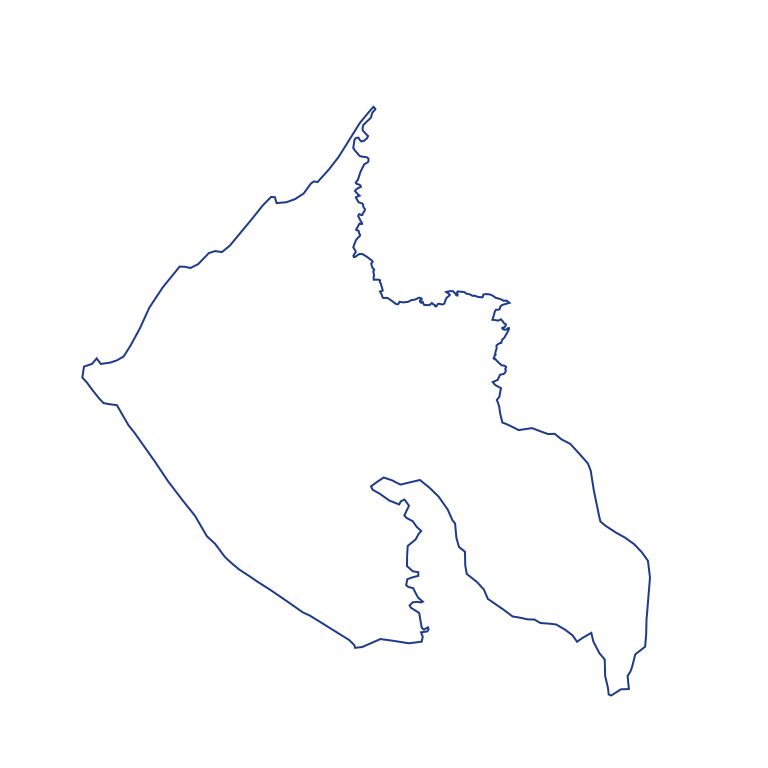 Dugbe River, Sinoe, Liberia (Natural Earth projection), rotated 99°
{"feature_id": "62588387B59492535947478", "entity_name": "Dugbe River", "entity_type": "district", "adm_level": 2, "iso_a3": "LBR", "parent_name": "Liberia", "parent_adm1": "Sinoe", "projection": "natural_earth1", "projection_center": [-8.749, 4.981], "detail": "fine", "context": "isolated", "style": "outline", "palette": "blue", "viewbox_px": 768, "rotation_deg": 99, "n_neighbors": 0, "source": "geoboundaries", "source_scale": "gbopen_adm2", "svg_char_len": 6113}
<svg xmlns="http://www.w3.org/2000/svg" viewBox="0 0 768 768"><g transform="rotate(99 384 384)"><path d="M632.6,306.5L627.6,306.2L623.5,308.6L621.6,302.5L619.3,301.6L617.5,302.5L620.3,306.2L618.8,308.6L612.8,310.7L604.7,313.4L600.7,322.5L598.7,324.1L595.0,321.3L594.0,317.1L594.0,313.4L592.9,311.6L589.8,316.8L585.9,319.8L581.2,323.1L580.6,328.3L579.1,330.7L573.1,330.4L570.5,325.6L568.1,320.1L564.5,320.7L564.5,326.2L560.3,332.8L550.1,334.3L540.9,335.2L540.2,335.2L532.5,328.4L526.5,326.3L523.4,324.2L520.0,329.3L515.0,334.2L512.9,340.5L510.8,343.3L505.9,342.0L500.4,340.2L494.9,345.7L497.2,349.0L500.6,350.2L498.3,360.5L493.3,370.5L490.5,378.0L490.2,378.7L487.1,380.8L481.1,374.8L476.4,369.6L477.9,360.8L479.1,357.4L480.8,352.0L477.4,343.8L473.2,333.5L479.3,322.9L486.8,312.3L498.1,301.4L508.0,295.0L510.6,292.0L524.7,288.4L533.3,284.4L536.2,279.2L537.0,277.8L550.3,275.4L558.6,272.6L565.1,261.1L571.4,253.2L580.0,247.8L588.4,230.2L593.5,220.6L593.5,214.0L594.0,205.2L593.1,198.6L595.6,192.1L594.8,182.7L594.6,176.4L598.2,167.0L602.7,158.5L608.4,153.0L603.7,148.2L597.4,140.3L605.5,137.0L616.1,129.2L621.6,122.9L637.8,119.9L649.0,115.3L655.5,113.5L656.1,110.8L648.5,102.3L647.2,95.5L646.9,94.4L639.1,96.5L634.1,97.7L629.4,95.6L624.5,94.7L611.7,93.5L602.6,85.0L590.3,85.9L574.6,88.0L572.2,88.1L561.5,88.9L553.7,89.5L533.6,91.0L519.6,95.0L517.3,95.7L509.7,103.2L503.0,112.0L498.0,122.0L494.6,131.4L491.8,137.6L489.4,143.0L486.0,148.7L481.0,150.8L456.0,160.2L437.2,166.3L430.6,170.2L422.3,180.2L414.0,190.7L410.9,200.1L406.5,207.6L407.8,214.0L406.2,222.5L404.4,230.7L406.7,238.3L408.5,243.7L406.5,249.8L404.4,256.8L403.6,261.0L398.1,263.4L393.9,265.0L388.7,266.5L384.5,268.6L382.2,270.1L378.5,268.0L374.3,268.0L369.8,267.8L367.7,273.9L365.1,276.9L362.2,272.4L356.7,270.8L355.4,267.5L354.1,266.3L351.8,265.7L350.2,266.6L348.1,266.0L347.1,267.8L347.1,270.8L344.5,274.8L341.8,278.1L342.2,278.5L341.7,279.7L340.7,279.7L339.5,279.1L338.0,279.2L337.5,278.4L336.7,278.9L335.0,278.9L332.4,278.5L331.2,278.3L329.4,278.8L328.2,278.8L326.9,277.7L325.3,275.7L325.2,274.8L322.6,274.3L321.5,274.0L319.0,272.2L316.4,271.3L313.4,270.1L310.5,269.3L309.3,269.3L309.4,270.2L311.2,271.8L311.5,273.3L311.2,275.3L310.2,276.0L309.6,275.4L309.6,274.5L308.7,273.6L307.3,272.9L306.1,272.9L305.1,275.1L303.6,276.4L301.8,278.7L302.5,279.5L303.5,281.0L303.5,284.3L303.6,287.0L301.7,286.7L298.4,286.2L295.3,285.9L293.2,285.1L293.1,284.0L292.2,281.5L290.5,281.4L288.6,280.8L287.4,279.5L284.2,272.8L282.5,276.1L283.1,279.2L282.3,280.9L281.6,284.6L281.5,287.1L280.8,288.2L279.7,290.7L279.1,292.5L279.0,295.4L279.5,298.4L280.2,299.9L282.1,300.0L283.1,300.5L283.1,302.4L283.3,304.4L283.0,306.7L282.5,308.4L283.0,309.3L283.0,310.6L282.4,312.0L281.9,314.2L281.9,316.9L280.7,318.9L280.7,320.2L280.9,323.7L281.1,325.8L282.2,326.1L284.0,325.3L285.1,325.3L285.1,326.2L284.7,326.8L283.9,327.4L283.3,327.8L282.9,328.7L281.7,330.1L281.6,331.7L282.1,333.8L283.0,336.1L283.4,337.0L283.9,336.2L284.4,334.7L285.5,333.0L286.2,333.0L287.8,334.6L289.3,335.7L291.4,336.4L294.2,336.7L295.7,337.5L296.3,338.8L296.2,342.5L296.4,343.2L298.0,344.0L299.1,344.5L299.4,345.2L299.1,345.7L298.3,346.0L297.8,346.7L297.6,348.0L296.8,348.8L296.5,349.4L298.3,350.8L299.0,351.7L299.3,353.3L299.3,354.5L299.6,355.6L299.6,356.7L298.7,357.5L297.6,358.2L297.0,358.4L296.9,359.1L297.9,359.8L297.8,360.6L296.7,361.5L295.8,361.5L295.0,360.3L294.6,359.9L294.0,360.1L293.4,360.9L293.2,361.8L293.4,363.1L295.7,366.4L296.5,368.8L297.0,370.4L298.6,372.3L299.4,373.8L299.5,375.1L300.2,376.6L300.4,378.3L300.4,381.6L302.5,382.2L303.2,383.1L303.1,384.6L302.3,386.2L301.5,387.7L300.7,389.2L299.2,392.4L298.5,394.2L298.6,395.3L298.8,396.4L299.2,398.1L298.4,399.1L295.9,400.4L293.3,402.4L292.6,400.7L292.0,399.9L291.0,400.2L286.0,402.6L284.8,403.3L283.9,404.1L282.3,404.1L281.8,404.8L282.0,407.0L282.6,410.4L280.6,411.0L278.1,410.8L274.5,412.2L273.0,411.5L272.1,411.9L271.6,413.2L270.6,413.8L267.2,415.5L265.5,414.5L264.7,414.4L263.7,415.7L263.0,417.1L260.9,421.0L259.9,423.7L259.1,425.0L259.2,426.7L259.4,428.4L260.9,430.3L263.0,432.4L263.3,433.7L262.2,434.3L259.8,433.4L258.1,432.6L257.4,432.7L256.2,433.6L253.9,435.7L252.4,435.5L249.0,434.8L246.1,434.1L243.7,432.6L241.3,430.9L240.4,431.0L238.7,432.3L237.1,432.8L236.6,433.2L236.3,435.3L235.8,435.7L230.7,433.8L229.3,433.2L229.7,431.5L229.3,430.7L228.4,430.9L226.6,432.6L224.6,434.0L223.8,434.6L222.1,435.8L220.2,435.2L220.1,434.5L220.7,432.8L220.4,431.8L219.5,431.7L218.1,431.3L216.8,430.6L215.5,430.2L214.3,430.1L212.8,431.8L211.4,432.4L210.0,432.7L209.2,433.5L208.8,435.3L208.5,437.5L207.9,438.0L204.1,441.0L203.2,440.0L201.8,437.6L200.9,439.0L199.6,440.9L197.9,442.9L196.4,442.1L195.6,441.3L194.6,440.2L192.9,437.7L191.5,438.4L191.0,439.7L190.5,442.5L189.8,443.3L188.1,442.8L186.4,441.7L181.7,441.0L177.6,440.3L172.8,438.7L170.3,438.1L168.8,436.2L167.4,434.6L166.0,434.2L164.1,434.5L163.2,435.5L162.8,436.3L162.8,440.2L162.8,442.9L162.2,444.3L160.2,446.5L157.9,449.3L155.7,451.3L151.2,451.3L147.2,451.3L145.4,450.2L144.7,447.8L146.8,446.0L148.0,444.4L146.8,441.6L144.0,439.3L141.6,438.5L140.1,440.7L136.9,444.6L134.7,445.2L131.5,445.0L126.8,441.5L123.0,438.6L117.9,438.0L114.2,435.6L113.5,435.6L111.9,437.8L117.9,441.6L130.2,448.8L166.8,464.3L181.1,472.2L194.9,481.2L194.9,485.0L197.5,487.6L208.5,493.2L215.3,500.8L219.8,509.0L222.1,518.4L216.6,521.0L216.9,524.8L226.3,531.5L242.1,540.5L271.6,558.0L279.1,564.8L279.1,571.5L282.1,577.5L294.6,586.2L299.7,593.3L299.4,599.3L300.0,604.2L323.3,617.7L340.2,625.4L345.6,627.8L367.5,633.9L386.3,640.6L397.6,645.5L399.8,648.3L402.4,651.5L405.6,657.5L408.5,666.9L403.7,671.8L409.8,675.5L413.7,683.0L424.8,683.0L428.8,677.9L435.7,670.9L442.6,663.4L446.7,658.1L446.9,652.0L446.7,644.5L464.5,630.1L471.0,623.0L483.8,610.5L495.9,598.7L513.8,582.1L529.5,565.7L543.9,549.9L546.4,547.9L562.1,535.1L568.2,525.9L579.6,514.2L582.5,510.0L584.4,507.1L589.7,498.4L594.8,487.0L599.4,477.3L604.3,465.9L612.3,448.9L622.3,428.3L624.2,421.4L628.1,412.0L642.4,378.2L646.5,372.5L649.1,371.3L647.2,364.4L640.4,353.8L636.5,347.7L636.2,336.2L636.2,318.9L632.6,306.5Z" fill="none" stroke="#1e3a8a" stroke-width="2"/></g></svg>